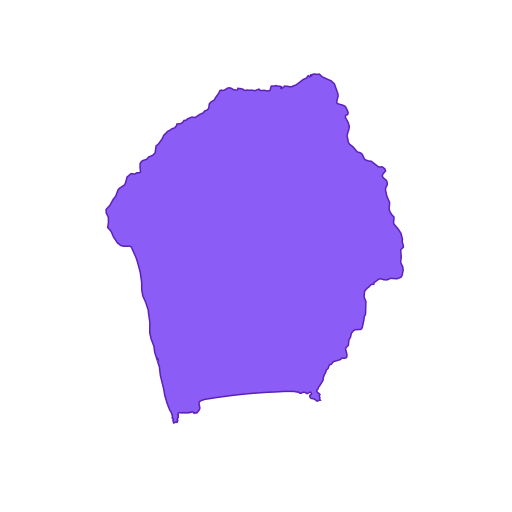 Kwamouth, Bandundu, Democratic Republic of the Congo, rotated 323°
{"feature_id": "63176286B12311619160810", "entity_name": "Kwamouth", "entity_type": "district", "adm_level": 2, "iso_a3": "COD", "parent_name": "Democratic Republic of the Congo", "parent_adm1": "Bandundu", "projection": "robinson", "projection_center": [16.578, -3.619], "detail": "fine", "context": "isolated", "style": "filled", "palette": "violet", "viewbox_px": 512, "rotation_deg": 323, "n_neighbors": 0, "source": "geoboundaries", "source_scale": "gbopen_adm2", "svg_char_len": 5907}
<svg xmlns="http://www.w3.org/2000/svg" viewBox="0 0 512 512"><g transform="rotate(323 256 256)"><path d="M417.1,189.7L415.8,187.3L413.5,184.4L412.7,183.0L412.8,182.2L414.5,180.3L417.6,177.9L418.9,176.1L422.2,165.8L421.5,161.5L416.7,152.8L416.1,148.9L413.6,147.4L412.7,146.2L411.0,145.1L410.4,145.3L408.6,144.2L408.3,144.3L408.4,145.4L406.5,145.1L406.3,143.5L405.4,143.5L403.5,144.3L399.8,143.4L394.3,143.5L390.3,143.4L387.7,142.4L386.6,142.5L384.6,141.0L383.5,139.6L380.9,137.4L379.9,137.9L377.3,137.6L376.8,136.8L378.2,136.1L376.9,134.4L375.6,133.7L374.6,131.9L374.1,132.0L370.4,129.5L367.0,132.1L365.5,131.8L363.7,130.4L362.4,128.7L359.2,126.7L358.8,124.5L354.5,123.3L352.6,121.1L349.9,119.2L348.7,117.9L347.5,117.7L346.3,116.5L346.0,115.0L345.0,113.7L344.6,113.2L342.4,111.2L342.0,111.8L340.9,112.0L339.8,111.5L337.9,109.2L337.4,107.6L336.3,105.9L334.4,104.8L330.4,104.5L328.3,103.3L328.3,102.7L326.9,102.2L323.8,103.7L318.9,105.2L316.6,106.3L312.8,105.9L311.5,106.1L310.2,106.4L307.8,109.0L306.2,109.8L304.8,110.0L302.3,109.3L299.7,109.9L296.0,109.0L291.9,108.9L290.5,108.6L288.5,106.5L284.1,105.3L281.4,105.4L280.2,104.4L277.9,105.1L275.8,105.1L272.2,103.0L270.9,104.1L268.0,104.7L265.6,103.8L263.3,103.8L260.4,103.3L254.9,104.1L252.1,105.7L249.9,106.5L245.2,107.9L242.4,108.0L237.4,113.0L233.8,113.4L229.8,112.3L226.8,113.0L224.4,112.1L222.7,111.5L220.5,111.8L219.0,112.5L216.7,115.5L214.3,119.4L212.9,119.3L210.9,117.8L208.4,117.6L206.0,115.1L200.6,115.3L195.8,119.1L193.8,120.1L187.2,119.7L185.6,120.2L180.0,123.8L176.1,124.8L169.8,127.6L164.3,128.6L162.3,131.4L161.4,136.1L158.9,139.7L156.9,141.9L154.7,143.9L155.1,149.0L153.7,154.9L153.2,162.1L154.4,166.4L156.3,168.7L161.1,172.2L161.8,173.8L159.3,184.8L157.7,189.5L153.9,199.0L148.9,208.1L144.4,214.2L141.6,219.7L140.0,226.7L137.2,234.9L136.6,235.4L131.3,245.1L124.9,253.4L122.3,259.3L120.2,266.5L117.1,272.1L114.7,278.9L115.7,278.3L115.8,278.8L115.5,280.1L114.8,281.0L114.0,281.3L114.0,280.9L112.1,286.4L107.7,293.9L102.3,306.5L99.2,312.5L96.2,320.6L95.9,322.0L95.3,323.4L95.2,324.2L95.1,324.8L94.9,325.3L94.7,325.9L94.6,326.2L94.4,327.4L94.3,328.4L94.3,329.1L94.2,329.6L94.1,329.9L94.1,330.2L93.9,330.5L93.8,330.9L93.7,331.4L93.6,331.7L93.3,332.1L93.4,332.4L93.3,332.7L92.7,333.9L92.5,334.2L91.9,334.4L91.7,334.7L91.6,335.2L91.6,335.6L91.8,335.8L91.9,336.2L91.7,336.7L91.3,336.9L90.7,337.2L90.5,338.0L89.8,339.5L89.8,339.9L90.3,340.0L90.9,340.2L91.3,340.1L91.8,340.2L92.1,340.5L92.4,341.0L92.7,341.3L92.8,341.3L93.2,341.1L93.5,341.1L93.6,340.9L93.8,340.6L93.7,340.4L93.8,340.2L94.1,340.1L94.6,340.2L94.7,339.8L94.7,339.5L94.8,339.3L95.4,338.9L95.5,338.7L95.5,338.3L95.6,338.2L95.9,338.2L96.2,338.2L96.7,338.1L97.0,338.0L97.1,337.9L97.2,337.6L97.4,337.3L97.6,336.9L97.8,336.6L98.0,336.6L98.1,336.3L98.0,336.2L97.9,336.1L97.9,335.9L98.0,335.8L98.2,335.6L98.3,335.5L98.6,335.5L98.7,335.3L98.9,335.1L99.0,335.0L99.1,334.9L99.4,334.8L99.5,334.6L99.8,334.7L100.2,334.9L100.6,335.1L100.9,335.5L101.1,335.6L101.4,335.7L102.1,336.4L102.4,336.9L102.5,337.0L103.0,337.0L103.3,337.1L103.7,337.2L103.8,337.4L103.8,337.6L104.0,337.7L104.3,337.8L104.4,338.0L104.5,338.3L104.8,338.3L105.1,338.6L105.4,338.9L105.5,339.1L105.9,339.2L106.0,339.3L106.1,339.5L106.8,340.0L107.0,340.1L107.3,340.0L107.5,340.2L107.6,340.5L108.4,340.7L108.6,340.7L108.7,340.9L108.7,341.1L108.9,341.1L109.1,341.0L109.3,341.2L109.6,341.7L109.7,341.8L110.1,341.8L110.6,341.8L111.0,341.9L111.2,342.1L111.4,342.3L111.5,342.3L111.7,342.6L111.7,342.9L111.8,343.0L111.7,343.6L111.7,343.8L111.8,343.8L112.2,344.0L112.4,344.1L112.5,344.2L112.5,344.5L112.5,344.8L114.0,345.2L114.2,345.7L116.3,345.3L117.5,345.0L118.4,344.5L119.6,343.8L120.4,342.2L121.5,339.9L122.5,338.6L124.4,338.3L126.2,338.8L128.9,339.7L132.0,341.4L139.5,345.4L153.4,353.2L163.5,359.2L172.5,364.8L182.2,371.1L189.9,376.4L197.6,381.5L204.8,387.0L207.0,389.5L207.8,389.9L208.4,391.9L209.6,392.9L211.2,392.9L213.1,394.4L213.9,396.7L217.3,397.2L217.8,398.0L217.7,398.7L216.9,399.9L215.4,399.6L214.5,400.3L214.1,401.7L214.3,402.9L216.1,404.8L216.9,406.5L217.2,408.3L217.6,408.8L219.8,409.3L220.5,409.8L220.5,409.6L220.7,409.1L220.9,408.8L220.9,408.4L221.2,407.9L221.8,407.5L222.0,406.9L222.2,406.3L222.5,405.8L222.7,405.4L223.1,405.3L223.5,405.3L223.7,405.2L223.7,404.8L223.7,404.3L223.5,403.7L223.4,403.3L223.3,402.9L223.2,402.4L223.0,402.1L223.0,401.9L223.1,401.5L223.0,400.9L223.4,400.1L223.6,400.0L223.9,399.7L224.3,399.8L224.6,399.8L225.3,399.5L226.0,399.1L226.6,398.8L227.1,398.3L228.0,398.0L228.4,398.1L234.8,395.6L236.2,393.9L239.1,392.0L241.9,390.7L243.5,389.4L245.9,389.2L248.6,387.3L249.5,387.2L250.7,387.8L254.3,387.0L260.7,389.4L263.5,389.4L264.8,390.7L266.5,391.5L267.6,391.3L268.5,390.6L269.7,388.6L271.5,384.3L272.6,383.4L276.0,382.9L279.8,378.9L282.9,377.5L285.5,375.2L288.2,374.4L290.6,374.4L295.5,377.7L296.5,377.7L297.8,377.1L303.9,371.8L305.9,369.6L308.0,368.7L309.2,367.5L316.4,358.5L317.6,353.9L321.4,349.6L322.4,349.3L324.6,348.7L327.4,348.7L330.7,348.0L333.0,349.4L334.4,348.3L339.9,348.4L341.6,349.0L343.9,352.0L346.4,354.0L350.0,354.8L354.8,359.0L358.9,360.2L360.9,359.5L365.1,355.8L366.7,352.9L367.6,348.2L371.4,344.2L374.8,338.8L375.8,338.0L378.8,337.7L379.7,336.9L381.3,332.7L383.1,330.7L385.4,325.2L385.8,319.9L385.4,313.7L385.8,312.3L389.1,308.7L389.7,307.5L389.3,305.2L389.6,301.3L390.7,298.4L394.8,293.9L396.6,286.8L399.1,281.3L400.4,279.8L403.5,278.2L404.4,277.2L405.3,275.5L405.6,274.1L404.8,270.4L404.8,268.4L405.8,267.4L407.1,266.8L410.6,266.1L411.2,264.7L411.3,263.7L410.5,260.8L408.1,259.2L407.3,258.0L405.1,249.7L403.1,247.9L401.0,244.6L401.0,243.6L402.0,239.1L401.9,237.6L401.1,235.7L400.0,234.7L399.5,233.3L399.2,227.2L398.0,223.0L398.3,220.2L399.5,218.4L400.9,215.0L404.3,212.1L405.9,211.2L408.6,208.6L410.0,204.6L410.8,199.2L411.7,197.9L413.5,197.8L414.0,198.2L414.9,197.9L416.0,196.7L416.6,194.8L417.3,190.9L417.1,189.7Z" fill="#8b5cf6" stroke="#5b21b6" stroke-width="1.5"/></g></svg>